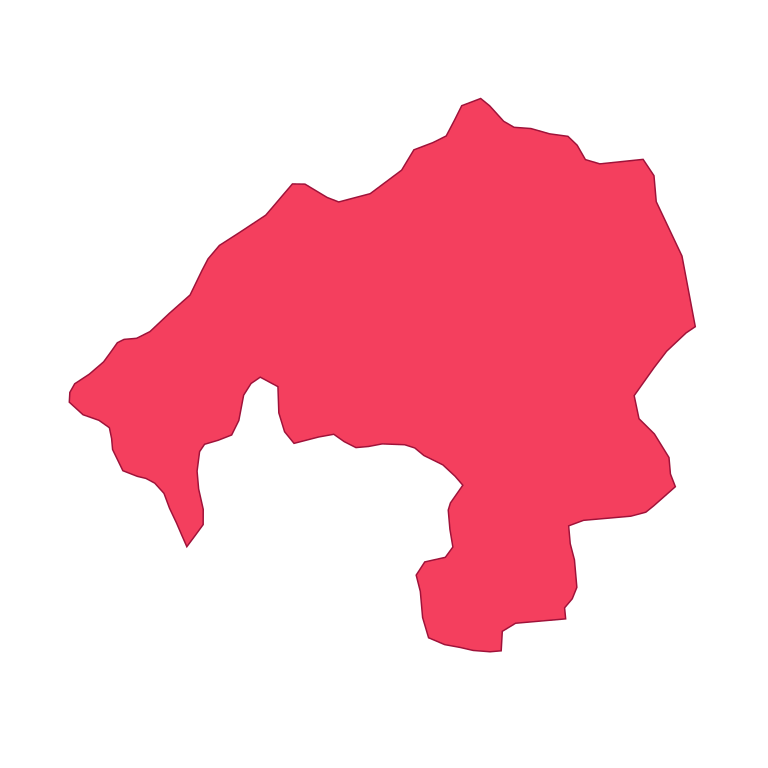 outline of Hoengseong-gun, Gangwon, South Korea, rotated 355°
{"feature_id": "91817680B58418421780923", "entity_name": "Hoengseong-gun", "entity_type": "district", "adm_level": 2, "iso_a3": "KOR", "parent_name": "South Korea", "parent_adm1": "Gangwon", "projection": "natural_earth1", "projection_center": [128.028, 37.482], "detail": "fine", "context": "isolated", "style": "filled", "palette": "rose", "viewbox_px": 768, "rotation_deg": 355, "n_neighbors": 0, "source": "geoboundaries", "source_scale": "gbopen_adm2", "svg_char_len": 1713}
<svg xmlns="http://www.w3.org/2000/svg" viewBox="0 0 768 768"><g transform="rotate(355 384 384)"><path d="M661.7,182.8L618.1,183.5L604.2,178.0L597.2,162.9L588.8,153.3L570.7,149.2L552.6,142.3L535.9,139.6L526.1,132.7L513.6,116.2L505.2,108.0L485.7,113.5L477.3,127.2L467.6,142.3L453.7,147.8L434.2,153.3L420.2,172.5L386.8,193.2L354.7,198.7L343.6,193.2L322.7,178.0L310.2,176.7L299.0,187.7L289.3,197.3L280.9,205.5L253.0,220.6L232.1,231.6L219.6,244.0L212.6,255.0L198.6,278.4L176.3,294.9L155.4,311.4L141.5,316.9L128.9,316.9L122.0,319.6L115.0,327.9L106.6,337.5L91.3,348.5L75.9,356.8L70.3,365.0L68.9,374.7L81.5,388.4L96.8,395.3L106.6,403.6L107.9,414.6L107.9,425.6L116.3,447.6L119.1,449.0L130.2,454.5L138.6,457.3L147.0,462.8L155.3,473.8L159.5,489.0L165.1,504.1L169.2,516.5L173.4,528.9L183.2,517.9L191.6,508.3L193.0,493.1L190.2,472.4L190.2,454.5L194.4,435.3L200.0,428.4L213.9,425.6L227.8,421.5L236.2,407.7L243.2,382.9L251.6,371.9L261.3,366.4L278.1,377.4L276.7,403.6L280.8,422.9L289.2,435.3L314.3,431.1L329.6,429.7L339.4,438.0L350.5,444.9L363.1,444.9L377.0,443.5L399.3,446.3L409.1,450.4L417.5,458.7L435.6,469.7L446.8,482.1L453.7,491.7L439.8,508.3L437.0,515.2L437.0,534.5L438.4,552.4L430.0,562.0L409.1,564.8L399.4,577.2L402.1,593.8L402.1,620.0L406.3,640.7L421.7,648.9L437.0,653.1L449.6,657.2L466.3,660.0L477.5,660.0L480.3,640.7L494.2,633.8L509.6,633.8L544.5,633.8L544.4,622.7L552.8,614.4L558.4,603.4L558.4,575.8L555.6,559.3L555.6,541.4L570.9,537.2L601.6,537.2L618.3,537.2L633.7,534.5L642.0,528.9L665.3,511.7L661.5,498.6L661.5,482.1L649.0,457.3L635.0,440.8L632.2,417.4L654.5,391.2L668.4,376.0L689.3,359.5L699.1,354.0L692.0,282.5L671.1,226.1L671.1,200.0L661.7,182.8Z" fill="#f43f5e" stroke="#9f1239" stroke-width="1.5"/></g></svg>